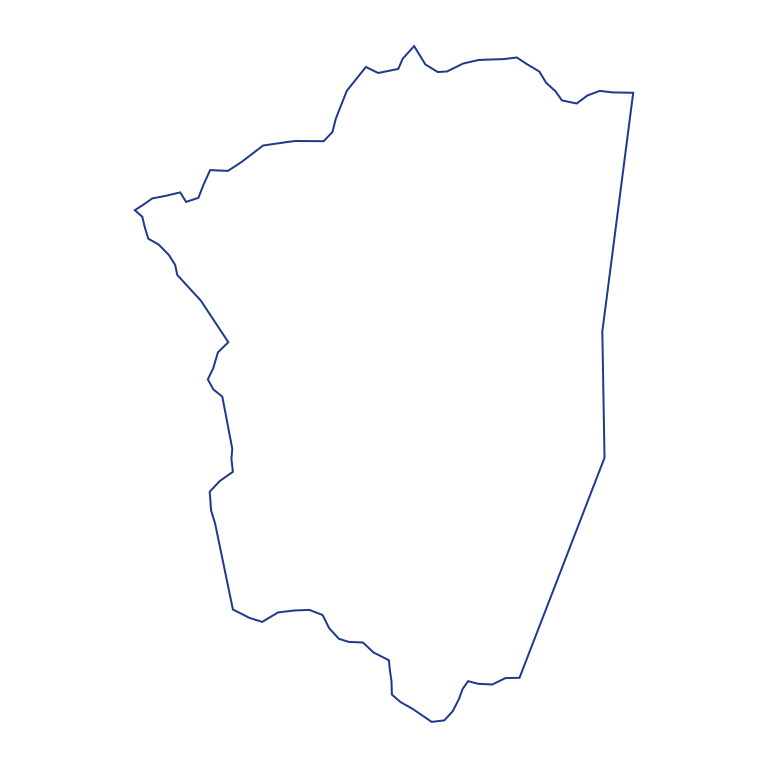 outline of Ibateguara, Alagoas, Brazil
{"feature_id": "56859067B78855757359523", "entity_name": "Ibateguara", "entity_type": "district", "adm_level": 2, "iso_a3": "BRA", "parent_name": "Brazil", "parent_adm1": "Alagoas", "projection": "orthographic", "projection_center": [-35.915, -8.961], "detail": "fine", "context": "isolated", "style": "outline", "palette": "blue", "viewbox_px": 768, "rotation_deg": 0, "n_neighbors": 0, "source": "geoboundaries", "source_scale": "gbopen_adm2", "svg_char_len": 1245}
<svg xmlns="http://www.w3.org/2000/svg" viewBox="0 0 768 768"><path d="M576.7,103.5L561.9,100.4L555.6,91.4L546.2,82.9L539.3,71.5L527.5,64.5L516.8,57.5L503.4,59.1L487.7,59.6L478.5,60.0L463.2,63.5L446.9,71.5L437.7,72.0L425.4,64.5L414.1,46.1L402.7,58.7L398.3,68.9L378.2,73.0L365.9,67.0L346.8,90.8L335.8,118.7L332.4,132.1L323.6,141.2L295.3,141.0L285.9,142.2L263.1,145.5L241.5,162.0L227.9,170.9L210.1,170.1L203.4,185.0L198.4,197.8L186.1,201.9L180.2,192.4L165.5,195.9L152.3,198.4L143.8,204.4L134.8,210.2L142.3,216.8L144.8,227.3L148.3,238.7L158.6,244.5L168.9,255.0L175.2,265.0L177.2,274.9L200.9,300.7L228.3,342.2L217.9,352.4L213.2,368.3L207.8,379.4L213.5,389.6L222.3,396.6L232.3,448.9L231.4,458.8L232.9,471.8L219.9,480.9L209.7,491.7L211.1,510.5L215.1,523.5L232.9,609.5L249.5,617.9L262.2,621.9L278.1,612.4L294.1,610.5L309.4,609.9L322.6,615.0L329.2,628.3L338.9,638.8L348.7,641.9L363.0,642.5L373.4,652.4L388.9,660.3L389.8,669.6L391.5,681.2L391.9,694.6L400.7,702.2L412.6,708.9L422.3,715.5L431.7,721.9L444.3,720.4L452.8,711.1L459.1,698.7L462.5,689.2L468.1,681.2L478.2,683.8L492.2,684.5L505.4,678.1L519.5,677.8L604.5,457.8L602.7,352.4L602.3,331.7L633.2,92.8L612.5,92.4L599.7,90.9L587.4,95.5L576.7,103.5Z" fill="none" stroke="#1e3a8a" stroke-width="2"/></svg>